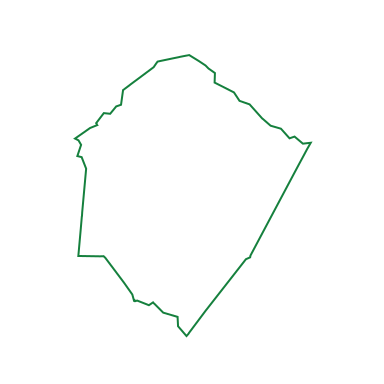 the district of Johnston, North Carolina, United States of America, rotated 161°
{"feature_id": "52423323B84526796546447", "entity_name": "Johnston", "entity_type": "district", "adm_level": 2, "iso_a3": "USA", "parent_name": "United States of America", "parent_adm1": "North Carolina", "projection": "robinson", "projection_center": [-78.326, 35.536], "detail": "fine", "context": "isolated", "style": "outline", "palette": "green", "viewbox_px": 384, "rotation_deg": 161, "n_neighbors": 0, "source": "geoboundaries", "source_scale": "gbopen_adm2", "svg_char_len": 1279}
<svg xmlns="http://www.w3.org/2000/svg" viewBox="0 0 384 384"><g transform="rotate(161 192 192)"><path d="M63.7,199.9L71.4,201.6L77.0,211.0L82.3,211.0L87.3,222.9L96.1,229.1L101.1,237.8L101.3,238.1L101.7,238.7L109.0,256.1L117.4,262.7L119.9,272.5L135.0,288.1L131.6,297.0L131.8,297.3L136.2,303.4L138.0,307.2L142.9,313.6L150.1,322.4L159.4,323.7L160.6,323.8L166.7,324.6L179.4,326.2L182.1,326.5L184.0,325.2L187.6,322.5L213.6,314.2L214.6,313.9L216.0,313.4L224.0,310.8L230.7,297.6L235.8,297.6L243.9,292.6L249.7,295.3L260.2,288.3L260.2,288.1L260.0,287.9L259.9,287.5L259.9,287.1L260.1,286.6L259.9,286.1L267.5,285.7L285.2,280.6L282.5,277.8L281.5,272.7L288.7,263.3L285.0,260.9L284.5,248.5L302.5,208.4L302.9,207.4L303.9,205.0L304.1,204.8L309.2,193.3L320.3,168.5L317.8,167.6L317.5,167.5L300.1,161.2L297.0,160.2L296.5,160.1L295.4,158.0L285.8,128.3L281.8,114.5L282.1,109.9L282.2,108.3L281.6,108.4L281.6,108.1L282.0,107.9L281.8,107.5L281.5,107.3L279.2,107.2L269.6,99.0L264.8,100.3L264.7,99.9L264.5,99.5L264.4,99.3L264.3,99.1L264.2,99.0L264.1,98.9L258.5,87.3L246.3,78.6L248.9,69.6L244.1,57.6L241.6,59.0L240.5,59.9L217.2,75.7L216.7,76.0L162.9,110.9L158.3,111.3L157.4,112.9L90.1,175.7L81.7,183.5L74.0,190.6L69.5,194.8L69.4,194.9L63.7,199.9Z" fill="none" stroke="#15803d" stroke-width="2"/></g></svg>